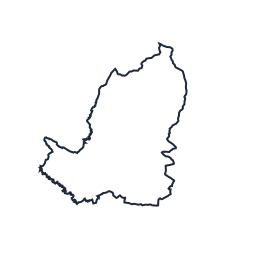 outline of Chiang Kham, Phayao, Thailand, rotated 298°
{"feature_id": "78962969B51854654401236", "entity_name": "Chiang Kham", "entity_type": "district", "adm_level": 2, "iso_a3": "THA", "parent_name": "Thailand", "parent_adm1": "Phayao", "projection": "robinson", "projection_center": [100.283, 19.484], "detail": "fine", "context": "isolated", "style": "outline", "palette": "slate", "viewbox_px": 256, "rotation_deg": 298, "n_neighbors": 0, "source": "geoboundaries", "source_scale": "gbopen_adm2", "svg_char_len": 5611}
<svg xmlns="http://www.w3.org/2000/svg" viewBox="0 0 256 256"><g transform="rotate(298 128 128)"><path d="M174.2,88.9L168.8,87.4L166.7,87.6L160.3,87.4L156.7,88.1L155.5,87.8L155.0,87.1L153.3,86.3L152.7,85.2L151.5,84.6L148.8,84.3L144.7,86.4L140.1,87.1L137.5,87.0L136.3,87.8L135.4,87.4L134.6,88.2L133.4,88.2L132.5,88.7L131.9,88.3L131.7,88.6L130.8,88.4L129.8,87.6L129.7,87.2L127.6,87.0L126.1,87.2L126.3,88.5L122.5,88.8L122.0,88.5L121.7,89.2L121.4,89.3L121.2,88.9L121.0,89.2L120.7,88.9L119.6,89.1L119.4,89.4L118.8,88.7L118.7,88.9L118.5,88.7L117.9,89.1L116.1,88.3L115.3,88.4L114.8,88.7L113.0,93.1L111.7,93.3L110.7,93.9L110.6,94.4L109.8,94.9L109.6,96.4L108.4,96.3L108.2,97.3L108.0,97.6L107.8,97.4L107.6,97.9L107.2,98.1L106.4,98.1L106.3,97.6L105.9,97.9L105.5,97.7L105.1,97.9L105.0,97.4L104.7,97.4L104.8,97.9L103.5,97.7L103.0,98.2L103.2,97.6L102.1,98.0L102.3,97.6L101.9,97.4L101.7,98.3L100.8,98.4L101.0,99.3L100.2,99.4L99.9,98.9L100.3,98.7L100.3,98.3L100.0,98.4L100.1,98.2L99.6,97.9L99.9,97.6L99.7,96.9L99.2,96.9L99.2,96.5L98.5,96.4L98.1,95.9L97.8,96.2L97.6,95.7L97.9,95.2L97.4,94.8L97.3,94.3L96.9,93.9L96.7,94.4L97.0,95.2L96.6,95.7L96.0,95.6L95.4,95.9L95.0,95.5L94.5,95.8L94.7,96.5L95.0,96.6L94.9,97.2L94.5,96.5L93.3,96.3L90.0,97.5L88.3,97.0L87.5,96.5L86.9,96.5L86.2,96.0L83.7,95.5L83.0,94.8L82.1,94.9L81.9,93.5L82.0,92.9L81.7,92.1L80.6,91.2L80.7,90.3L80.4,89.9L80.4,88.4L80.2,88.2L80.1,87.5L80.6,80.2L80.4,79.6L79.5,79.4L79.7,78.6L79.3,78.0L79.4,76.9L79.2,76.5L79.4,76.2L79.2,75.6L79.6,75.0L79.5,74.4L80.0,72.9L81.3,72.3L81.8,71.7L81.5,68.2L81.9,65.2L81.3,63.8L81.6,63.1L81.3,62.8L81.3,61.9L81.0,61.4L81.3,60.2L80.5,59.3L78.6,59.5L78.2,59.6L77.8,60.5L77.4,60.7L77.5,61.2L77.3,61.7L77.1,61.7L76.3,62.8L75.5,63.4L75.6,63.8L75.3,63.9L74.8,65.1L75.0,65.3L75.0,66.1L74.6,66.6L74.7,67.0L74.4,67.5L73.9,67.5L73.7,67.8L73.3,70.3L71.6,72.6L68.6,70.6L67.3,70.2L66.6,70.3L65.3,71.5L62.8,71.9L61.2,70.4L57.8,71.1L54.7,70.8L53.6,69.8L53.5,68.9L53.2,69.2L52.6,68.9L52.2,69.6L51.6,69.1L51.6,70.6L51.4,71.0L50.3,69.9L49.6,70.1L50.3,70.3L49.7,71.0L50.3,71.4L49.8,71.6L49.5,72.6L48.8,72.8L48.6,73.9L48.0,73.6L47.1,74.3L47.9,75.6L49.0,75.7L49.3,76.0L48.3,77.1L48.7,77.9L48.6,78.3L46.6,79.2L46.8,80.0L47.7,80.5L48.0,81.1L47.5,81.4L47.1,80.7L46.0,81.6L45.8,82.1L46.0,82.8L47.2,83.0L46.5,84.3L47.0,84.8L46.9,85.6L47.4,85.8L47.5,86.3L46.5,87.1L45.9,86.9L45.9,86.2L45.1,86.3L44.9,87.1L45.6,87.6L44.9,88.6L44.8,89.5L45.5,89.3L45.6,90.3L46.0,90.8L47.0,90.6L47.4,90.9L45.9,92.2L45.9,92.5L46.6,93.1L46.4,94.6L46.0,94.7L46.0,94.3L45.5,93.8L44.8,95.0L45.2,95.6L45.7,95.2L46.1,95.3L45.7,96.3L46.3,97.2L45.8,97.7L45.5,97.3L44.8,97.4L44.9,98.3L45.5,99.2L44.9,99.8L45.3,100.7L45.1,101.0L44.7,101.4L44.0,101.1L43.7,101.3L43.4,100.2L42.2,100.1L41.8,99.7L41.4,100.3L41.8,100.9L42.1,100.7L42.6,100.9L42.5,101.2L42.9,101.7L42.7,102.2L42.9,102.8L41.0,102.7L40.8,102.9L41.3,103.8L41.1,104.3L41.5,105.7L42.4,106.1L42.8,107.1L43.3,107.2L43.8,106.9L44.2,107.5L43.4,108.7L43.0,108.5L42.8,107.9L42.2,108.6L42.2,109.1L43.1,110.7L42.6,111.8L41.2,111.9L39.7,111.2L39.1,111.5L39.0,112.0L38.3,113.0L39.0,114.2L39.6,114.3L39.6,115.2L39.2,115.4L37.4,115.0L37.4,115.4L38.0,116.5L38.7,116.7L38.5,117.1L37.7,117.3L37.1,118.0L36.9,118.6L39.4,119.5L40.5,121.0L41.9,122.0L43.6,122.7L44.7,122.6L45.4,123.0L43.8,125.1L44.6,125.7L44.0,126.8L44.5,127.4L44.8,127.0L46.1,127.9L45.9,128.3L46.6,129.0L48.0,130.0L45.1,132.8L47.0,134.9L49.6,134.2L51.9,134.3L52.1,135.3L53.2,134.9L53.5,132.9L55.6,134.8L57.7,135.9L57.7,136.3L59.1,136.7L59.8,138.0L61.0,139.3L62.6,140.3L63.6,141.4L63.7,144.6L63.3,145.5L61.6,146.6L60.8,150.5L61.3,151.0L64.7,152.5L63.9,155.4L64.3,157.0L65.1,158.2L64.8,158.5L63.1,158.6L62.3,159.1L60.7,159.6L60.6,159.8L62.1,164.0L62.6,167.5L63.6,168.4L64.1,169.5L65.2,173.2L66.8,175.3L66.5,177.0L68.3,179.1L69.9,182.3L70.7,183.0L71.1,184.3L71.0,185.4L73.1,190.1L73.8,190.9L78.5,188.7L79.2,188.6L80.5,189.0L80.9,189.3L80.8,190.9L81.3,191.5L86.5,195.0L89.8,196.7L91.3,195.3L93.8,194.4L93.2,193.1L93.6,192.2L96.2,192.7L97.0,193.2L97.4,194.1L99.2,193.4L103.2,193.5L103.4,193.1L103.5,191.3L104.0,188.9L103.9,187.0L104.4,182.7L104.9,182.2L107.6,181.7L110.1,180.4L112.1,179.0L112.7,179.2L114.0,181.1L117.6,185.2L118.3,185.2L120.5,182.9L120.7,181.2L121.3,180.2L121.6,179.0L121.6,176.8L120.9,175.1L120.8,173.9L121.5,170.8L122.3,169.4L122.8,169.6L123.9,170.6L124.0,171.4L124.6,172.0L126.2,175.7L128.1,176.2L129.1,176.9L130.6,177.3L132.1,179.2L132.9,179.7L133.6,179.2L134.8,175.1L135.3,170.1L136.2,168.2L136.9,167.5L139.3,168.1L140.4,168.1L141.9,166.8L143.3,167.3L144.4,166.1L146.3,165.7L147.0,165.1L149.3,166.1L150.2,166.0L151.9,166.6L154.4,168.5L157.6,169.1L158.1,169.0L160.1,167.6L162.9,167.2L165.2,166.0L167.8,166.0L170.4,167.3L171.4,167.1L172.4,166.3L174.1,166.4L175.2,166.7L178.4,165.3L180.7,164.8L181.1,164.5L181.6,163.4L182.1,163.2L183.4,163.1L183.7,163.4L185.6,163.4L188.6,162.1L189.7,161.0L191.9,159.5L194.0,158.8L194.8,158.3L196.8,156.5L198.6,154.3L200.0,153.4L203.6,149.9L204.0,148.9L204.0,141.6L204.4,140.8L205.7,139.6L206.4,137.2L208.0,136.2L208.6,134.6L211.1,131.8L213.0,132.1L215.1,131.0L217.2,131.1L218.7,130.1L219.0,128.9L219.1,127.4L217.8,124.3L217.3,121.5L217.2,119.6L217.4,118.2L217.2,116.1L216.3,117.3L215.7,117.7L213.3,117.8L211.0,119.8L210.1,121.0L207.6,120.9L204.8,117.5L203.5,116.8L200.9,115.9L200.0,114.4L198.0,111.9L197.5,111.6L195.8,111.7L194.2,110.4L191.6,109.5L190.7,109.9L189.9,111.3L187.6,111.9L186.9,111.5L186.0,110.3L183.2,109.8L181.4,105.9L179.5,104.6L178.8,103.1L177.3,102.5L175.0,102.0L173.3,101.2L172.5,100.3L172.1,99.0L171.6,98.5L171.7,95.8L171.0,94.7L170.9,93.6L172.7,91.7L174.2,88.9Z" fill="none" stroke="#1e293b" stroke-width="2"/></g></svg>